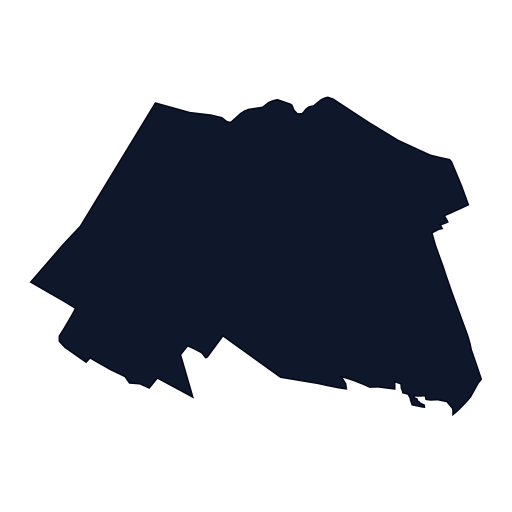 outline of Racasdia, Caras-Severin, Romania
{"feature_id": "2599482B50821892840629", "entity_name": "Racasdia", "entity_type": "district", "adm_level": 2, "iso_a3": "ROU", "parent_name": "Romania", "parent_adm1": "Caras-Severin", "projection": "albers", "projection_center": [21.603, 44.997], "detail": "fine", "context": "isolated", "style": "filled", "palette": "ink", "viewbox_px": 512, "rotation_deg": 0, "n_neighbors": 0, "source": "geoboundaries", "source_scale": "gbopen_adm2", "svg_char_len": 1960}
<svg xmlns="http://www.w3.org/2000/svg" viewBox="0 0 512 512"><path d="M468.4,204.8L462.4,188.4L462.0,187.1L451.4,161.7L449.5,159.6L439.3,157.4L430.0,155.1L398.1,140.4L368.9,122.6L333.1,99.1L327.9,97.3L326.3,97.6L324.8,98.1L323.3,98.7L321.8,99.4L320.3,100.5L313.6,105.9L309.0,106.9L305.9,109.2L303.9,111.9L302.1,113.7L297.4,113.9L295.7,112.1L293.9,110.2L292.5,106.7L291.8,105.1L290.9,104.5L289.6,103.9L277.4,99.7L272.8,100.8L268.6,102.6L262.6,107.3L248.7,109.4L244.4,111.1L240.7,113.5L230.9,122.3L230.7,122.3L229.5,122.3L228.5,122.1L227.5,121.8L226.6,121.4L225.8,120.9L222.0,117.8L211.2,115.1L189.9,112.6L155.4,103.0L80.3,226.4L63.7,244.0L30.7,282.1L65.1,301.9L75.6,308.4L71.7,315.5L67.7,322.4L63.6,329.3L59.3,336.1L59.3,341.2L64.9,347.3L86.1,362.2L90.0,357.9L110.5,369.6L125.1,376.6L129.5,383.0L139.9,383.8L149.2,388.0L157.4,378.0L162.6,380.8L192.8,397.1L180.5,354.7L187.6,345.8L192.8,348.1L200.0,351.8L202.1,353.1L204.6,356.3L205.6,357.7L206.8,357.4L207.9,356.2L222.9,335.8L280.5,377.2L317.7,383.4L327.9,385.6L338.3,387.7L346.4,388.9L345.6,383.7L341.2,376.6L344.8,377.6L348.5,378.7L352.1,379.9L355.6,381.2L359.2,382.6L362.7,384.0L366.2,385.5L369.6,387.1L378.2,386.9L394.8,389.0L394.7,381.6L401.0,383.8L401.4,388.4L402.5,390.8L402.8,392.7L408.2,394.2L410.4,398.4L410.5,399.9L411.8,403.7L412.2,404.8L422.1,406.9L424.4,407.2L424.3,405.2L419.6,402.8L418.8,401.5L417.4,401.1L417.0,399.0L414.0,397.6L414.2,395.7L417.4,396.0L421.0,396.0L422.6,395.7L425.4,396.0L426.0,399.4L430.6,400.0L434.2,399.8L437.8,399.7L446.9,401.6L450.7,406.2L452.7,408.5L453.0,411.5L453.0,414.6L457.5,410.7L460.9,407.4L464.2,404.0L467.4,400.5L470.5,396.9L478.0,383.3L481.3,379.2L475.4,361.7L471.2,349.5L470.0,343.6L467.7,335.7L451.7,292.0L446.4,276.7L442.3,264.3L439.2,255.9L435.5,245.6L431.9,232.9L438.8,229.2L442.2,228.6L440.3,224.8L444.6,223.4L446.2,222.7L447.8,222.1L446.8,219.9L445.5,217.8L444.3,215.7L452.5,212.1L468.4,204.8Z" fill="#0f172a" stroke="#020617" stroke-width="1.5"/></svg>